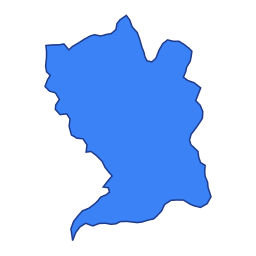 the district of Monte Alegre do Sul, São Paulo, Brazil
{"feature_id": "56859067B34036073366888", "entity_name": "Monte Alegre do Sul", "entity_type": "district", "adm_level": 2, "iso_a3": "BRA", "parent_name": "Brazil", "parent_adm1": "São Paulo", "projection": "orthographic", "projection_center": [-46.671, -22.708], "detail": "fine", "context": "isolated", "style": "filled", "palette": "blue", "viewbox_px": 256, "rotation_deg": 0, "n_neighbors": 0, "source": "geoboundaries", "source_scale": "gbopen_adm2", "svg_char_len": 1578}
<svg xmlns="http://www.w3.org/2000/svg" viewBox="0 0 256 256"><path d="M72.6,240.6L75.7,232.6L80.0,226.8L85.7,223.3L92.8,225.9L99.4,223.4L105.8,223.3L111.1,224.3L115.9,223.8L120.4,221.6L126.8,221.4L137.2,222.6L142.1,222.0L148.0,220.1L153.6,218.9L156.8,216.0L161.5,211.1L164.6,204.5L171.0,200.3L176.7,200.0L183.6,200.1L190.1,204.2L194.3,205.9L200.6,207.4L207.1,203.7L211.0,196.7L208.0,187.3L207.6,182.3L205.1,176.3L204.7,171.9L205.1,165.3L200.6,162.6L198.8,157.6L197.9,151.3L190.9,144.7L189.5,140.1L191.1,134.3L196.1,127.8L199.9,122.2L202.4,118.2L202.8,111.6L200.2,105.3L195.7,100.6L198.5,93.5L200.7,87.9L194.0,82.7L187.8,80.5L183.4,77.2L185.7,71.6L186.6,67.3L190.2,61.2L191.2,56.3L191.9,51.2L188.9,48.3L184.6,44.8L179.0,41.3L173.5,41.3L167.5,39.9L162.7,43.8L159.1,50.0L155.9,58.3L151.8,61.9L147.0,60.8L145.0,56.9L143.9,52.2L141.9,47.2L139.6,39.1L137.2,32.5L132.2,26.9L129.7,20.0L126.3,15.4L120.0,19.8L117.0,23.5L115.9,29.6L111.2,33.6L107.1,34.3L100.7,36.0L94.5,34.7L90.2,36.0L84.3,39.2L78.4,43.0L72.3,46.6L68.9,49.9L63.9,43.9L59.4,44.8L52.9,44.9L45.9,45.5L46.5,51.4L46.5,57.3L45.6,66.3L46.6,71.8L50.2,75.4L47.5,79.8L45.0,86.5L49.5,91.1L55.4,92.8L59.4,99.4L55.8,104.8L55.3,109.3L60.1,114.6L66.7,113.9L70.0,119.0L69.1,126.3L71.4,134.9L76.9,138.2L83.0,138.8L87.0,144.9L86.1,152.1L91.1,151.5L96.4,155.5L102.1,161.3L105.1,167.5L109.2,172.6L112.1,176.0L108.0,180.7L103.2,187.0L108.4,187.8L109.4,192.2L105.9,194.9L100.7,197.1L97.8,200.8L94.9,203.7L88.9,208.2L82.3,210.9L77.7,216.2L73.6,221.4L70.9,228.9L71.9,235.1L72.6,240.6Z" fill="#3b82f6" stroke="#1e3a8a" stroke-width="1.5"/></svg>